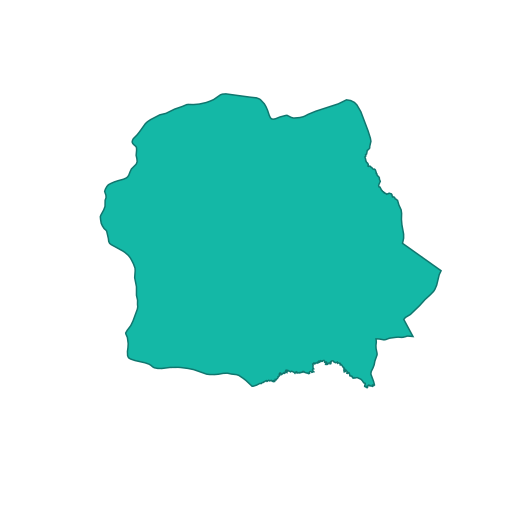 Pakham, Buri Ram, Thailand, rotated 62°
{"feature_id": "78962969B25022287440202", "entity_name": "Pakham", "entity_type": "district", "adm_level": 2, "iso_a3": "THA", "parent_name": "Thailand", "parent_adm1": "Buri Ram", "projection": "orthographic", "projection_center": [102.732, 14.398], "detail": "fine", "context": "isolated", "style": "filled", "palette": "teal", "viewbox_px": 512, "rotation_deg": 62, "n_neighbors": 0, "source": "geoboundaries", "source_scale": "gbopen_adm2", "svg_char_len": 6115}
<svg xmlns="http://www.w3.org/2000/svg" viewBox="0 0 512 512"><g transform="rotate(62 256 256)"><path d="M400.8,155.2L381.4,155.3L380.4,152.9L380.1,147.1L376.6,134.8L373.8,127.2L372.0,120.1L370.6,115.8L369.5,113.8L366.6,110.2L358.5,103.0L355.9,99.5L313.6,120.7L309.6,117.3L306.0,115.4L296.9,112.5L292.0,110.4L286.7,107.4L283.4,106.2L278.1,105.9L273.3,104.9L272.4,105.4L271.8,105.5L271.1,106.2L270.0,106.3L269.5,106.1L268.7,106.5L268.4,107.1L267.8,107.3L268.0,107.7L267.9,107.8L267.2,107.4L266.6,107.6L265.8,107.2L264.7,107.3L263.0,109.0L263.1,110.5L262.7,111.0L262.8,111.7L261.6,112.1L261.0,112.8L260.4,112.8L260.3,113.2L259.0,113.4L258.4,114.0L257.4,113.9L256.5,114.3L255.7,114.2L253.3,114.2L252.8,114.9L251.6,114.8L250.7,114.1L248.4,111.2L246.2,111.0L244.9,110.4L243.1,110.5L242.6,111.0L241.7,111.1L240.0,110.7L239.6,111.1L239.0,110.7L236.0,110.2L234.9,110.6L234.7,111.4L234.0,111.9L232.1,112.3L231.4,112.9L230.6,112.9L230.0,113.4L229.8,114.5L229.1,114.9L229.0,114.6L227.6,113.8L227.1,114.0L226.2,113.9L225.5,114.4L224.7,114.3L224.1,114.5L223.8,114.2L223.0,114.3L222.2,113.8L219.7,113.4L219.3,112.1L217.9,111.6L217.9,110.5L215.0,108.2L214.8,106.7L214.0,104.9L212.7,104.2L208.7,100.7L205.7,99.7L198.1,98.3L177.8,95.7L169.9,96.0L166.6,97.0L163.2,99.4L160.6,102.8L160.3,111.9L156.2,135.3L155.4,143.5L155.4,146.9L155.2,149.0L154.3,152.4L151.9,158.0L150.1,159.9L146.3,162.6L145.8,164.0L144.5,169.6L144.0,174.3L143.3,176.6L142.3,177.8L140.8,178.4L138.2,178.3L132.8,177.4L129.1,177.1L125.6,177.2L120.0,178.7L118.7,179.5L116.6,181.3L112.8,186.9L98.7,206.5L97.3,209.7L97.0,211.7L98.0,220.0L97.7,223.8L97.1,228.0L95.2,234.8L92.9,240.2L90.4,244.6L89.8,246.1L89.4,250.7L88.1,258.9L87.8,268.5L86.2,274.7L86.1,285.1L86.5,288.9L87.2,291.5L91.9,301.0L93.3,304.3L94.8,309.2L95.8,310.6L96.7,311.5L97.5,311.9L98.7,312.0L100.1,311.7L103.0,310.6L104.4,310.7L106.6,311.8L110.9,314.6L114.2,315.5L117.0,316.7L118.7,318.7L120.7,325.2L122.5,327.6L125.0,330.5L125.9,332.3L126.2,333.9L126.0,336.9L124.8,342.2L124.1,346.2L123.8,349.9L123.8,352.9L124.6,355.0L126.2,357.5L127.9,359.3L132.0,360.0L134.1,361.0L135.9,363.0L141.3,366.0L143.8,368.8L147.1,373.8L148.2,375.0L150.8,376.1L154.4,377.3L157.4,377.5L160.6,377.2L162.6,376.4L164.0,376.2L171.1,378.1L174.0,379.2L176.1,379.3L178.0,378.5L189.0,371.3L191.0,370.2L195.3,368.5L198.4,367.9L201.5,367.8L205.5,367.9L209.9,368.5L212.3,369.6L218.2,373.3L227.1,376.0L234.6,380.0L239.4,381.3L243.2,383.4L245.4,384.3L247.3,385.8L255.7,395.2L258.7,399.3L261.1,404.5L262.8,407.2L263.8,407.5L267.5,407.8L270.0,408.7L273.4,410.0L276.7,412.0L279.9,414.3L283.6,416.1L285.3,416.3L286.5,416.1L288.1,415.1L291.5,411.9L298.2,404.1L301.2,401.3L303.0,400.2L305.5,399.2L306.9,398.3L309.1,395.6L311.1,392.0L314.0,384.3L317.8,376.9L319.2,374.7L323.3,368.9L327.0,364.4L337.1,355.1L338.8,352.7L341.2,348.3L342.7,344.8L344.2,340.1L346.0,336.3L348.7,333.1L351.6,328.9L353.4,327.2L357.9,324.8L361.2,323.3L369.2,320.6L369.7,319.4L370.3,316.0L370.3,312.7L371.1,311.1L370.7,310.0L371.1,308.8L370.8,308.1L371.0,307.6L370.8,306.0L370.9,305.2L371.1,305.0L371.6,305.3L371.9,305.2L371.7,303.0L372.8,302.5L372.9,301.0L373.8,300.7L375.1,299.7L374.9,299.1L374.2,299.4L374.3,298.9L375.5,298.4L375.2,298.0L374.6,297.7L374.7,297.2L374.2,296.9L374.8,296.5L374.3,295.6L374.2,294.6L373.5,293.4L372.8,293.1L373.0,292.4L372.5,290.9L371.7,291.1L371.1,290.9L371.0,290.6L371.7,289.8L370.7,289.7L370.9,289.2L372.7,289.0L372.3,287.4L372.5,287.0L372.2,286.3L373.0,286.0L373.1,285.7L372.2,284.8L373.4,283.4L372.3,283.1L371.9,283.6L371.4,283.8L371.0,283.4L370.9,282.9L371.5,282.4L371.7,281.9L372.4,282.1L372.2,281.6L372.3,281.3L373.0,281.1L373.6,280.4L374.5,280.0L374.4,278.8L375.4,277.8L376.8,276.9L377.7,276.7L377.3,276.2L377.3,275.5L377.1,274.8L377.5,274.5L377.9,275.1L378.1,275.2L378.3,274.8L378.0,274.7L378.1,274.3L379.0,274.0L379.2,272.5L379.9,272.2L379.7,271.6L380.3,270.2L379.9,269.3L380.7,269.0L380.4,268.0L381.7,267.6L383.2,266.1L383.3,265.7L384.5,264.9L384.7,264.5L384.7,263.8L383.8,263.7L383.4,262.6L383.8,261.6L385.0,261.3L385.1,260.6L384.9,260.0L385.4,259.3L385.2,259.2L384.3,259.8L382.8,259.4L382.6,259.0L382.7,258.1L382.0,258.3L380.2,257.6L379.7,257.1L378.0,256.6L378.3,255.6L377.7,255.2L377.9,254.9L378.7,255.0L378.9,254.8L378.9,254.5L378.4,253.9L378.9,252.9L378.7,252.0L379.5,251.8L379.5,251.4L379.1,251.1L379.4,250.9L379.4,250.5L378.4,249.8L378.9,249.2L379.5,249.4L379.4,248.6L378.8,248.4L378.8,248.1L379.6,248.0L379.5,247.5L380.1,247.0L380.2,246.7L379.8,246.3L380.1,245.0L381.7,244.7L382.1,245.3L382.4,245.2L382.8,244.8L382.6,243.7L382.8,243.6L383.6,243.8L383.7,244.5L384.4,245.4L385.1,244.3L384.9,243.8L385.2,243.6L385.2,243.3L384.5,243.0L384.8,241.8L385.2,240.9L386.0,241.2L386.2,240.6L385.6,239.9L385.4,239.9L385.0,240.4L384.7,240.3L384.3,239.5L384.5,238.9L384.2,238.5L384.5,237.6L385.1,237.0L386.3,236.9L386.7,236.3L387.4,236.1L387.8,235.5L387.8,234.0L389.0,234.2L388.9,233.7L389.2,233.2L390.2,232.6L390.4,232.1L391.7,232.8L391.9,232.5L391.6,232.1L391.7,231.8L392.7,231.5L395.1,231.3L395.7,230.8L396.2,231.2L397.4,230.7L397.8,230.9L397.7,231.6L397.8,232.0L398.3,232.1L398.8,232.0L399.6,232.6L399.9,232.2L399.9,231.3L399.0,231.0L398.6,230.6L398.8,230.2L401.5,229.6L401.7,229.8L401.7,230.5L402.2,230.8L402.7,230.2L402.3,229.5L402.7,228.7L403.5,228.9L404.4,228.8L405.8,229.4L406.1,229.2L406.3,228.5L406.8,228.4L407.3,227.7L407.7,227.7L408.2,227.9L409.3,227.7L409.6,227.3L409.4,226.5L410.2,226.1L410.4,224.8L411.0,223.6L414.0,221.3L415.9,220.7L418.6,220.4L419.7,219.4L420.4,219.6L421.2,220.7L422.2,221.3L422.6,220.6L423.7,220.4L424.5,219.7L424.4,219.3L423.6,219.4L423.1,219.0L423.4,218.4L422.9,217.8L422.9,217.0L423.1,216.8L423.6,217.0L423.8,216.9L424.0,216.0L424.6,215.8L425.2,214.8L425.9,214.2L425.6,213.5L425.1,213.9L424.7,213.7L425.7,212.7L425.6,212.3L425.2,212.2L425.3,211.9L422.0,211.1L414.1,210.0L412.1,208.5L409.7,205.2L407.6,202.8L404.5,200.3L400.1,195.5L398.7,194.8L394.0,193.4L391.3,192.1L388.5,190.2L385.5,188.9L387.1,186.2L390.1,182.4L390.7,180.7L391.2,176.8L393.4,170.9L394.3,168.7L396.2,165.7L396.8,164.3L397.5,161.5L397.6,160.5L398.0,159.5L400.8,155.2Z" fill="#14b8a6" stroke="#0f766e" stroke-width="1.5"/></g></svg>